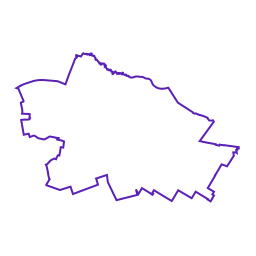 the district of Assen, Drenthe, Netherlands, rotated 268°
{"feature_id": "6326949B46480048761127", "entity_name": "Assen", "entity_type": "district", "adm_level": 2, "iso_a3": "NLD", "parent_name": "Netherlands", "parent_adm1": "Drenthe", "projection": "albers", "projection_center": [6.575, 52.997], "detail": "fine", "context": "isolated", "style": "outline", "palette": "violet", "viewbox_px": 256, "rotation_deg": 268, "n_neighbors": 0, "source": "geoboundaries", "source_scale": "gbopen_adm2", "svg_char_len": 5580}
<svg xmlns="http://www.w3.org/2000/svg" viewBox="0 0 256 256"><g transform="rotate(268 128 128)"><path d="M56.3,114.0L60.8,135.0L66.4,133.8L65.2,134.4L64.3,134.6L63.9,135.1L61.9,136.3L67.4,139.9L61.7,148.5L61.6,148.4L60.4,150.1L61.6,150.9L62.1,150.0L64.9,151.7L56.5,164.5L53.5,169.2L64.0,176.0L55.6,189.2L62.0,193.4L54.2,205.3L53.8,205.0L51.8,208.0L54.4,209.7L54.5,209.6L57.6,211.6L58.7,210.0L61.3,211.7L65.2,205.6L75.5,212.3L77.4,213.4L77.5,213.2L78.6,213.9L78.5,214.0L88.4,220.3L86.3,225.7L96.6,232.8L96.8,232.7L100.0,232.4L99.8,235.0L99.7,235.4L99.4,235.8L102.2,235.4L102.3,236.4L103.6,236.3L103.7,238.0L105.1,237.9L105.5,234.9L106.4,229.8L107.5,223.6L107.3,223.5L108.2,219.0L107.2,218.6L108.1,215.2L108.6,215.3L108.8,214.8L109.0,213.8L110.8,205.7L112.4,199.2L131.3,214.0L132.7,213.2L132.6,212.6L132.5,211.9L132.6,209.8L132.7,209.5L132.8,209.4L134.9,207.8L135.0,207.8L135.1,208.0L135.4,207.9L135.5,207.7L136.3,206.0L136.4,205.8L136.6,205.5L136.7,204.9L136.9,204.6L137.2,204.2L137.3,204.0L137.4,203.7L137.4,203.3L137.6,203.0L137.9,202.1L138.1,201.8L138.1,201.5L138.5,200.3L138.6,200.0L138.5,199.8L138.7,199.4L139.1,198.3L139.2,198.2L139.4,198.2L139.5,197.8L140.0,196.6L140.2,196.4L140.1,196.0L140.2,195.6L140.0,195.1L140.2,194.6L140.5,194.2L140.5,193.8L140.9,193.5L141.3,193.5L143.3,190.6L145.6,187.3L151.6,178.7L166.7,169.8L166.7,169.6L166.9,169.4L166.4,167.5L166.2,166.4L166.1,165.2L166.0,164.0L166.1,162.6L166.3,161.3L166.5,160.4L166.9,159.1L167.5,157.9L168.6,156.4L169.1,155.7L170.0,154.8L171.3,154.0L174.2,152.9L175.0,152.4L175.7,151.7L176.1,151.0L176.5,150.1L176.6,149.4L176.8,147.7L177.0,147.2L177.3,146.6L177.9,145.6L178.4,144.6L178.6,143.9L178.6,142.4L178.7,141.6L178.9,141.2L179.0,140.4L179.2,138.2L179.2,137.6L179.0,136.9L178.6,135.4L178.4,134.7L178.3,133.9L178.3,133.2L178.4,132.4L178.8,131.2L179.3,131.2L179.8,130.4L180.3,129.9L180.3,129.7L180.1,129.3L180.0,129.1L180.0,128.8L180.2,128.5L180.8,128.3L181.2,128.0L181.1,127.8L180.8,127.7L180.7,127.6L180.8,127.3L180.9,127.0L181.5,126.7L181.4,126.3L181.7,125.7L181.8,124.7L182.0,124.6L182.5,124.8L183.4,124.9L183.5,124.7L183.5,124.4L183.2,124.2L182.9,124.2L182.7,124.0L182.3,124.1L182.0,124.0L181.9,123.8L182.1,123.4L182.4,123.5L182.5,123.4L182.6,123.0L182.7,122.7L183.2,122.2L183.3,121.8L183.2,121.6L182.5,121.2L182.3,120.9L182.3,120.7L182.7,120.5L183.1,120.8L183.3,120.6L183.3,120.4L183.2,120.2L182.8,119.9L182.6,119.6L182.4,119.1L182.7,119.0L183.0,119.3L183.3,119.2L183.4,118.7L183.6,118.3L184.3,117.4L184.7,117.6L184.9,117.7L185.0,117.6L185.0,117.4L184.4,116.9L184.4,116.6L184.0,116.4L184.3,116.1L184.3,115.9L183.5,115.2L183.1,115.0L182.6,114.9L182.4,114.8L182.4,114.6L182.6,114.6L183.1,114.3L183.3,114.3L183.3,114.6L184.2,114.9L184.4,114.6L184.9,114.4L185.1,114.0L185.1,113.2L185.8,113.0L186.4,113.0L186.8,112.7L186.9,112.4L186.6,112.3L186.3,112.4L186.2,112.3L186.2,112.1L186.3,111.4L186.7,111.4L186.6,110.6L187.1,110.3L187.5,110.0L187.5,109.9L187.3,109.7L187.1,109.3L187.8,108.9L188.4,108.6L188.7,108.4L189.4,108.1L189.4,107.9L189.4,107.4L189.5,107.3L189.6,107.5L189.7,107.8L189.9,107.9L190.0,107.9L190.4,107.3L190.6,107.1L190.7,107.5L191.0,108.0L191.1,107.9L191.4,107.6L191.8,107.7L192.0,107.6L191.9,107.3L192.3,106.9L192.4,106.6L193.3,106.1L193.3,105.7L193.3,105.3L193.3,105.1L193.1,104.8L192.8,104.3L192.6,104.0L192.8,103.8L193.1,104.0L193.2,103.9L193.3,103.5L193.6,103.2L193.2,102.9L192.9,103.2L192.4,103.3L192.3,103.2L192.5,102.7L193.3,102.5L193.5,102.2L193.6,101.9L193.6,101.7L194.1,101.6L194.5,101.1L195.2,101.0L195.8,100.2L196.9,99.5L197.3,99.2L197.5,99.0L197.5,98.9L197.5,98.6L197.2,98.2L197.3,98.0L197.8,97.8L198.2,97.7L198.6,97.7L198.9,97.9L199.2,97.9L199.4,97.8L199.9,97.3L201.2,96.8L201.2,96.7L201.2,95.9L201.6,95.7L201.8,95.6L201.8,95.4L201.6,95.0L201.6,94.7L201.8,94.2L202.1,94.0L202.3,93.9L202.9,94.0L203.4,94.3L203.7,94.3L203.8,94.0L203.8,93.7L203.6,93.5L203.5,92.9L203.3,92.8L202.9,93.0L202.4,93.0L202.2,92.7L202.1,92.1L202.9,91.6L203.3,90.9L203.4,90.5L203.4,90.3L202.9,90.0L202.8,89.8L202.9,89.7L203.3,89.4L203.7,88.8L203.7,88.6L203.5,88.3L203.4,88.0L203.5,87.4L203.6,86.8L204.2,85.8L204.1,85.7L203.2,84.8L202.4,84.5L201.9,84.0L201.3,83.7L201.1,83.2L201.4,82.5L201.6,82.2L201.7,81.2L201.9,80.4L202.2,79.9L202.7,79.3L202.7,79.1L202.7,78.9L202.0,78.8L201.8,78.6L201.6,78.6L201.1,78.9L201.1,79.1L201.0,79.3L200.8,79.4L200.5,79.4L200.1,79.1L199.3,77.7L192.5,74.8L183.3,70.8L173.8,67.0L176.7,60.5L177.1,59.6L177.3,58.9L177.4,57.9L178.9,45.1L179.0,43.1L179.0,40.7L178.9,39.1L178.7,37.6L178.4,36.1L178.1,34.6L176.0,27.3L175.0,24.4L174.1,22.0L173.9,22.1L173.0,20.3L171.8,18.0L171.1,19.8L170.9,19.9L158.5,24.6L158.3,24.6L158.1,24.5L157.2,22.0L157.1,21.8L156.9,21.7L150.6,22.9L149.4,22.9L147.9,23.0L146.0,22.6L145.4,29.8L145.2,30.3L144.5,30.2L141.2,29.9L141.1,30.4L140.5,30.1L140.2,29.7L140.0,29.2L139.9,27.6L139.9,26.3L140.0,26.1L140.0,25.9L139.9,22.0L139.8,21.5L124.9,23.6L125.8,28.5L122.4,29.5L123.6,33.1L123.7,33.6L123.1,35.0L122.7,35.7L120.9,37.9L120.6,39.2L119.6,43.2L119.6,44.2L119.7,44.6L122.2,49.3L122.2,49.6L122.2,49.8L121.2,54.2L121.1,54.8L121.0,55.0L120.9,54.9L120.8,55.2L120.4,58.4L118.9,58.1L119.0,57.4L118.9,57.4L119.0,56.8L118.9,56.8L118.0,60.7L116.8,63.6L110.7,62.6L111.2,60.3L111.2,60.1L107.2,59.4L102.9,58.4L103.2,57.3L103.2,57.1L101.3,55.8L99.3,55.0L100.0,53.2L98.8,50.5L98.2,49.5L98.1,49.3L94.8,46.1L94.2,44.6L93.3,45.1L93.2,45.1L92.9,45.3L85.8,46.6L85.7,46.4L80.0,47.4L79.7,47.6L79.5,47.9L74.1,44.3L73.7,44.4L68.4,57.9L71.4,68.5L63.9,70.7L65.5,75.3L68.8,85.2L72.4,96.0L78.0,94.6L78.6,94.3L81.8,105.3L74.5,106.0L56.3,114.0Z" fill="none" stroke="#5b21b6" stroke-width="2"/></g></svg>